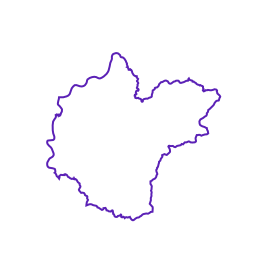 outline of Son Duong, Tuyên Quang, Vietnam, rotated 40°
{"feature_id": "81297802B77321226192187", "entity_name": "Son Duong", "entity_type": "district", "adm_level": 2, "iso_a3": "VNM", "parent_name": "Vietnam", "parent_adm1": "Tuyên Quang", "projection": "albers", "projection_center": [105.397, 21.672], "detail": "fine", "context": "isolated", "style": "outline", "palette": "violet", "viewbox_px": 256, "rotation_deg": 40, "n_neighbors": 0, "source": "geoboundaries", "source_scale": "gbopen_adm2", "svg_char_len": 5807}
<svg xmlns="http://www.w3.org/2000/svg" viewBox="0 0 256 256"><g transform="rotate(40 128 128)"><path d="M192.5,82.1L192.9,80.6L191.2,79.1L189.6,78.4L188.4,77.4L187.9,77.7L186.1,78.0L183.9,78.9L182.7,79.2L181.2,79.3L180.0,78.6L178.5,77.1L178.2,76.2L178.0,74.8L179.1,72.0L179.5,69.9L180.0,68.6L180.1,68.1L179.7,66.9L178.9,66.1L178.9,64.4L177.9,62.5L178.3,61.3L178.8,56.1L178.8,55.0L178.3,53.4L178.2,51.0L178.7,49.8L179.8,48.7L179.8,48.4L178.8,46.2L178.7,45.2L178.4,44.6L177.2,44.2L174.2,44.1L173.5,43.4L172.6,43.0L172.2,42.1L171.6,41.9L170.8,41.9L169.3,42.8L168.7,44.0L167.6,45.5L166.8,46.2L164.7,47.5L164.3,48.3L163.2,49.1L163.1,50.1L162.5,51.2L161.2,51.1L161.0,50.9L161.1,49.9L160.9,49.6L159.7,49.1L158.9,48.1L158.6,48.0L158.1,48.0L157.0,48.5L155.9,48.6L155.6,49.3L154.6,49.4L153.4,50.0L152.2,50.2L150.8,49.9L149.6,50.3L148.5,50.2L148.0,50.8L147.6,51.0L147.0,50.5L146.5,50.5L145.0,51.3L144.2,51.5L142.8,50.9L142.8,51.8L143.5,52.7L143.6,53.2L142.3,54.4L141.3,56.9L139.6,59.4L139.2,59.7L138.3,59.9L136.9,59.4L136.2,59.4L135.0,60.3L134.3,61.1L134.0,62.2L133.2,63.1L132.6,65.7L132.4,66.3L131.8,67.0L131.0,67.3L130.3,67.3L128.6,66.7L126.9,67.1L126.0,67.8L125.4,68.9L124.8,70.7L123.9,71.6L123.7,74.5L124.3,75.8L124.3,77.0L124.2,78.1L122.9,79.8L122.9,80.2L123.3,80.6L123.4,81.0L123.4,81.7L122.8,83.3L123.0,83.7L123.9,84.8L125.0,87.4L125.8,88.3L126.0,89.1L125.4,90.4L124.8,91.1L124.5,92.1L124.0,93.1L123.0,93.8L121.7,95.5L121.3,97.0L122.1,97.8L122.2,98.5L121.8,98.9L120.9,98.7L120.3,98.0L119.0,97.6L117.4,98.4L116.5,98.3L115.5,99.6L114.3,100.2L114.0,100.1L113.2,99.1L112.4,99.1L111.9,98.1L112.5,97.3L112.6,96.5L111.3,95.9L110.8,95.1L110.6,94.5L110.7,93.8L111.8,93.0L111.7,92.2L111.3,91.7L110.8,91.7L110.6,91.5L109.3,91.7L109.0,91.6L108.2,89.4L107.4,88.7L107.0,87.0L106.2,86.6L104.8,86.4L104.6,86.2L104.6,85.2L104.2,83.9L102.1,83.7L101.5,82.7L99.7,83.7L98.3,83.8L95.7,82.9L94.6,82.0L93.3,81.5L93.0,81.8L92.4,81.6L92.4,82.0L91.3,82.8L91.0,82.2L90.3,82.5L89.9,82.1L88.7,81.8L88.2,81.9L88.4,81.2L86.2,80.0L85.7,79.2L84.7,78.9L83.1,78.0L80.5,77.2L78.5,77.3L77.4,78.1L77.0,78.2L76.3,78.1L75.2,77.3L72.7,77.2L71.3,77.8L70.5,78.5L69.4,80.3L69.1,81.0L69.2,82.5L69.9,83.9L71.1,85.2L71.6,86.2L72.6,89.5L74.4,92.7L76.2,96.5L76.6,98.1L76.8,100.4L76.3,104.0L75.7,106.0L75.0,107.5L74.5,108.2L73.5,108.8L70.8,109.5L69.2,110.5L67.8,112.1L66.5,114.3L65.8,116.8L66.1,117.9L66.9,119.3L67.3,120.4L67.5,122.7L67.3,123.6L66.8,124.7L65.9,125.9L64.2,127.0L60.9,128.3L59.6,129.5L59.3,131.6L59.4,133.8L61.5,139.4L61.5,140.4L61.4,141.5L60.6,143.3L58.7,146.0L55.4,148.8L56.4,150.3L57.2,152.1L58.5,154.3L59.1,154.9L59.7,155.1L61.8,155.2L64.9,155.9L65.6,156.3L66.8,158.0L67.0,159.3L67.8,161.3L67.9,162.2L67.7,162.6L67.6,162.3L67.4,162.4L67.3,162.2L67.5,161.9L67.1,161.7L66.7,161.9L66.8,162.2L66.4,162.1L66.3,162.3L66.6,162.5L66.0,162.8L66.3,163.3L66.0,163.6L65.8,163.2L65.5,163.4L65.3,163.1L64.6,163.5L64.7,163.9L64.3,164.5L65.3,165.4L65.9,166.5L66.1,168.9L66.5,171.2L68.5,174.3L71.8,178.1L74.2,180.2L76.9,181.8L77.9,182.8L78.5,183.8L78.5,185.0L78.1,185.6L74.9,188.9L74.6,189.4L74.7,190.1L75.5,191.2L76.6,191.9L78.6,192.3L81.3,192.4L82.8,192.8L87.2,195.2L88.0,195.9L88.5,196.7L88.7,198.1L88.5,199.1L87.7,201.3L87.6,202.4L88.3,206.0L88.7,206.9L89.9,208.3L91.2,209.1L92.0,209.2L93.1,209.1L96.3,207.2L98.0,206.5L98.5,206.5L99.1,206.9L100.2,207.9L100.7,208.6L100.6,209.4L101.1,209.3L102.7,209.7L104.4,210.7L106.2,210.7L107.8,211.1L107.3,209.9L106.4,209.3L106.2,208.7L106.5,208.1L106.7,207.0L108.1,206.1L109.5,205.0L109.1,204.6L109.5,203.8L110.2,203.8L110.6,203.4L111.4,203.3L113.6,204.0L114.1,203.9L114.7,203.6L115.8,203.7L116.6,203.5L117.8,203.1L118.6,201.7L119.1,201.5L119.0,201.2L119.5,201.4L119.7,201.8L120.3,201.5L120.3,201.3L120.6,200.9L120.9,201.0L121.4,200.8L122.0,200.8L124.1,201.6L124.9,201.7L126.6,201.6L127.4,202.6L129.0,203.2L129.5,204.1L129.7,205.6L130.1,206.9L130.8,207.3L133.8,207.8L134.8,206.7L136.1,206.1L137.3,206.4L138.1,207.0L139.3,206.9L140.2,206.5L140.7,206.6L141.2,206.9L141.5,207.7L141.9,208.2L143.6,208.8L144.1,211.2L145.4,213.4L145.9,214.1L147.3,211.5L148.2,210.5L149.2,209.9L150.9,209.5L153.7,208.0L154.9,208.0L155.6,208.5L156.7,208.0L160.7,207.5L160.9,207.2L161.3,206.1L161.0,205.3L160.8,205.1L162.1,203.7L163.6,204.3L164.5,204.9L165.4,204.3L166.8,204.2L168.5,203.1L168.7,202.7L168.5,202.0L168.9,201.2L169.1,201.1L169.9,201.4L170.2,201.9L171.4,202.7L171.7,203.3L172.5,203.2L173.4,203.5L174.2,204.1L175.3,204.2L176.3,203.6L176.9,202.8L176.8,201.9L177.6,200.9L178.2,199.6L178.2,198.9L178.6,198.9L179.5,199.6L179.8,200.4L180.5,200.4L181.2,199.9L181.6,198.9L182.1,198.8L183.4,199.1L183.4,198.3L184.0,197.4L185.0,197.0L185.5,196.6L185.6,196.1L186.4,195.5L186.6,194.9L188.0,195.5L189.8,195.9L191.1,195.5L191.7,194.3L191.9,192.7L192.6,190.8L193.6,189.8L193.9,189.2L194.1,187.9L194.6,186.8L194.7,185.2L195.1,184.1L196.9,181.8L198.4,180.8L199.1,179.2L199.3,177.8L200.6,176.4L198.4,173.4L197.6,172.7L193.4,172.1L192.0,168.7L190.5,167.0L189.7,165.0L188.3,163.5L187.8,162.5L187.3,161.9L185.9,161.2L185.7,160.3L183.7,157.4L183.1,157.0L181.2,156.4L179.5,154.4L180.1,153.1L180.2,151.6L181.2,149.3L181.1,147.6L180.7,146.6L180.3,146.1L180.1,144.5L179.5,144.0L178.0,143.2L177.0,142.4L176.6,141.9L176.4,140.4L175.8,139.7L175.9,138.5L175.7,138.1L174.5,135.7L174.2,134.8L173.5,134.0L173.7,132.2L173.0,130.6L172.8,128.0L172.7,127.8L171.6,126.9L172.7,124.6L174.4,124.0L175.0,123.7L175.5,120.4L175.5,119.3L175.1,118.7L173.5,117.3L170.9,116.3L170.7,115.5L171.0,115.1L172.5,114.3L173.9,112.9L175.5,112.8L176.4,112.4L176.6,112.2L177.1,110.2L179.4,107.3L179.4,105.7L180.7,105.1L180.7,102.6L182.1,101.3L183.0,99.4L183.8,98.9L185.1,98.8L186.6,97.8L188.4,96.0L188.7,94.8L188.5,94.3L186.7,92.8L186.2,92.2L185.2,89.2L185.9,88.6L186.7,87.7L187.4,87.1L189.2,86.7L189.7,85.6L191.0,83.6L192.5,82.1Z" fill="none" stroke="#5b21b6" stroke-width="2"/></g></svg>